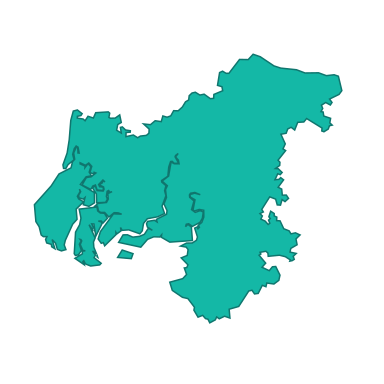 outline of Remedios, Chiriquí, Panama, rotated 85°
{"feature_id": "35544464B82986872921628", "entity_name": "Remedios", "entity_type": "district", "adm_level": 2, "iso_a3": "PAN", "parent_name": "Panama", "parent_adm1": "Chiriquí", "projection": "mercator", "projection_center": [-81.789, 8.225], "detail": "fine", "context": "isolated", "style": "filled", "palette": "teal", "viewbox_px": 384, "rotation_deg": 85, "n_neighbors": 0, "source": "geoboundaries", "source_scale": "gbopen_adm2", "svg_char_len": 6096}
<svg xmlns="http://www.w3.org/2000/svg" viewBox="0 0 384 384"><g transform="rotate(85 192 192)"><path d="M100.3,299.0L101.0,303.2L110.0,306.5L129.4,309.8L142.3,313.0L153.7,318.2L157.3,317.9L157.7,315.7L153.9,313.1L149.6,306.7L144.1,307.6L138.5,305.5L136.1,303.4L137.4,301.6L143.4,301.0L143.2,302.2L137.7,302.0L136.7,303.1L142.8,306.5L149.2,306.0L151.4,308.4L157.4,310.4L162.4,322.9L173.6,331.7L190.9,350.1L207.9,350.1L213.3,347.3L221.6,346.0L223.5,344.0L223.8,340.4L226.5,342.0L230.1,341.2L231.9,336.7L234.3,336.6L236.6,333.5L227.2,335.5L231.1,332.4L237.4,331.1L239.3,327.2L238.4,322.6L233.6,323.9L229.1,322.4L213.7,313.7L209.2,308.9L198.9,308.9L192.3,300.8L189.1,305.5L186.3,306.6L181.8,303.4L179.3,303.9L182.0,302.9L185.3,305.2L187.9,305.1L189.6,301.0L188.2,299.1L195.2,301.4L197.3,295.9L194.3,290.1L184.0,289.3L174.7,302.6L167.6,296.1L167.1,290.8L163.3,292.7L158.0,290.6L154.7,293.1L158.4,296.5L156.9,296.2L154.3,301.0L153.1,300.9L156.1,295.8L154.1,292.3L157.7,289.6L163.7,292.0L165.4,288.5L163.8,287.8L164.7,286.1L168.1,291.2L168.4,296.0L175.4,300.9L180.6,292.6L177.4,290.3L176.6,287.6L181.7,286.4L182.6,281.3L182.0,280.0L179.4,280.1L178.7,283.6L176.4,284.4L172.3,279.7L174.4,277.8L172.9,279.8L175.0,280.5L176.8,283.8L179.2,279.7L181.6,279.4L183.3,280.4L182.3,286.5L177.3,287.9L179.3,290.8L185.6,287.4L194.4,287.9L194.8,279.0L191.8,276.9L189.0,277.7L183.9,276.5L183.2,274.9L185.1,273.9L184.7,271.6L185.8,274.7L183.8,274.9L184.3,276.0L191.8,276.0L195.0,278.1L195.2,286.6L198.3,291.0L197.9,287.4L202.7,286.8L204.4,284.8L204.7,280.8L209.7,277.0L205.8,271.4L206.3,267.4L208.0,264.0L206.9,272.1L223.5,286.7L230.6,289.6L235.2,286.9L234.7,284.7L238.0,283.7L227.9,271.5L225.6,271.3L227.2,270.5L224.5,266.1L221.1,266.3L224.1,264.9L224.2,258.3L229.1,247.6L226.3,244.9L219.0,243.0L214.7,238.8L213.7,228.3L211.0,221.2L203.5,223.1L193.4,218.3L188.3,219.2L183.4,217.4L179.5,221.3L177.9,221.3L174.2,214.7L165.1,213.0L159.8,210.7L159.7,209.1L161.9,207.2L162.2,202.8L155.5,205.8L154.2,205.2L152.4,202.4L155.6,205.3L159.0,202.8L162.8,202.4L162.3,207.3L160.2,210.2L174.1,213.9L178.5,220.8L183.6,216.0L187.4,218.2L195.3,217.9L201.4,221.0L208.4,218.5L212.0,219.3L216.2,229.9L218.8,229.4L216.9,231.9L217.4,238.8L219.7,240.1L223.0,239.5L226.7,234.8L224.3,238.7L230.0,243.1L231.6,248.1L231.8,254.9L229.0,260.0L228.7,264.4L235.8,269.5L242.5,247.8L235.3,240.4L233.3,234.0L234.0,228.0L232.0,226.0L234.4,226.5L240.0,218.5L240.4,195.8L226.8,195.7L223.9,198.9L226.0,201.5L223.6,200.5L223.3,198.1L226.3,194.6L223.0,186.8L219.1,184.0L212.9,182.5L211.3,185.5L212.6,190.6L209.5,194.0L201.1,190.8L197.1,194.8L194.7,194.8L193.1,193.6L192.7,189.2L195.4,184.0L193.4,189.5L194.4,194.2L196.9,194.1L200.0,189.7L209.9,192.5L211.1,191.3L210.0,186.3L211.2,181.9L218.0,182.4L223.2,184.9L225.8,188.8L227.8,187.7L229.7,189.8L226.8,188.6L228.2,192.5L237.3,190.5L240.5,191.8L242.8,196.1L242.4,201.9L244.9,208.1L246.4,202.6L249.0,200.9L254.8,202.3L256.7,208.5L264.2,202.4L266.8,203.8L267.0,206.3L273.7,204.6L277.5,208.8L279.9,222.0L288.3,220.2L296.1,210.7L297.8,205.4L307.0,199.6L309.9,200.4L317.2,196.9L315.8,192.1L319.3,189.6L320.1,187.2L323.9,185.7L321.4,179.9L318.6,178.3L320.7,175.9L318.6,170.4L320.9,165.2L312.0,165.2L310.1,155.4L295.6,144.1L295.1,140.8L299.0,138.6L298.8,134.9L291.1,130.1L292.8,126.6L289.2,125.4L290.8,118.4L287.6,113.2L282.5,111.6L273.5,115.1L273.5,118.4L277.1,121.9L273.1,128.8L269.3,124.8L260.8,130.7L259.8,128.8L258.0,129.5L257.5,123.5L259.5,121.7L262.7,121.7L262.6,110.4L264.6,104.6L268.2,100.0L269.4,100.6L269.1,98.1L268.0,96.0L264.9,96.8L262.3,93.5L260.4,99.6L256.8,98.5L253.7,91.9L247.8,92.5L244.2,88.1L241.7,92.5L242.3,97.1L239.2,98.6L236.6,103.8L228.4,106.8L227.9,110.2L224.4,109.7L223.0,112.2L220.6,112.0L218.0,115.3L223.4,117.6L225.3,116.3L226.7,118.2L229.9,117.2L231.0,119.0L227.4,121.6L225.0,125.8L222.0,124.0L219.4,126.2L218.1,122.7L215.4,124.0L203.6,115.0L206.4,109.3L212.3,108.2L212.8,105.0L207.4,102.9L209.7,100.2L206.8,96.4L203.3,98.3L203.0,102.3L196.9,102.4L194.8,105.8L187.9,99.7L185.4,102.4L187.0,104.3L187.0,108.3L181.3,105.0L182.4,102.6L180.4,100.5L176.3,104.1L175.9,106.8L173.2,102.3L170.0,101.8L167.8,103.5L158.9,95.1L157.0,97.6L152.2,94.9L142.2,98.4L141.7,93.1L137.5,91.1L136.2,87.6L139.2,84.3L131.8,80.6L132.0,74.5L128.8,71.4L139.6,56.9L142.5,57.4L143.5,55.3L141.2,50.8L138.0,49.3L137.6,46.5L135.1,48.7L130.7,47.5L127.8,54.1L123.7,54.4L123.2,56.5L120.2,54.5L116.8,55.5L114.5,51.0L117.4,46.6L115.0,44.7L111.4,46.9L107.6,37.0L104.1,33.9L89.4,36.1L87.6,40.2L87.8,48.0L84.3,55.5L83.3,69.0L79.3,77.3L76.3,92.8L73.5,99.4L63.2,112.2L60.1,119.1L65.0,124.5L64.1,133.1L77.0,144.9L76.7,147.8L74.3,151.0L75.4,154.1L88.0,157.3L89.7,153.0L93.8,152.6L96.7,161.7L100.6,162.3L100.6,165.6L95.6,171.4L96.1,175.7L92.9,180.0L93.4,183.4L95.8,186.4L100.0,187.3L101.6,190.6L106.5,194.2L109.9,198.7L109.4,203.2L114.3,206.5L115.3,210.3L113.7,214.4L119.2,216.5L117.8,222.5L121.3,227.5L120.0,234.3L125.6,229.2L129.7,229.8L131.6,232.5L131.8,238.6L133.2,241.4L130.1,245.5L131.1,253.0L127.0,252.5L127.0,248.3L125.6,248.1L124.4,252.8L121.1,255.7L121.4,257.7L127.1,257.3L123.9,261.7L118.3,260.1L116.6,256.4L108.9,257.3L111.7,262.1L111.4,266.8L110.5,268.3L106.3,267.1L104.9,268.4L104.6,281.0L109.7,283.8L107.5,289.0L111.7,292.3L109.8,294.1L108.4,299.8L106.6,299.6L106.2,296.0L104.4,294.6L100.3,299.0ZM212.8,287.9L213.0,284.9L215.1,283.3L210.8,278.5L205.6,281.1L205.0,285.1L202.7,287.6L198.7,288.0L199.2,305.9L208.4,304.9L214.8,306.8L221.8,311.5L243.2,314.7L245.1,313.7L244.6,310.6L240.7,307.3L234.2,308.8L231.1,306.7L229.4,307.7L229.7,306.8L231.1,306.1L234.6,307.9L240.7,305.8L241.2,303.4L241.5,306.4L244.1,306.6L247.9,314.4L255.0,305.8L251.8,306.8L251.0,305.8L254.4,304.4L256.9,299.4L256.6,290.3L255.1,288.7L248.9,295.3L246.4,293.7L242.1,296.2L245.0,292.6L238.5,294.6L233.2,294.5L229.4,292.5L215.6,297.4L221.0,294.2L218.6,293.4L215.0,294.7L215.3,292.5L227.6,291.7L215.9,284.5L213.9,284.9L212.8,287.9ZM250.7,271.8L253.1,258.3L248.3,256.1L243.7,266.6L250.7,271.8ZM246.5,292.2L248.3,292.2L248.8,291.6L246.5,292.2ZM221.4,292.4L222.1,292.7L222.3,292.4L221.4,292.4Z" fill="#14b8a6" stroke="#0f766e" stroke-width="1.5"/></g></svg>